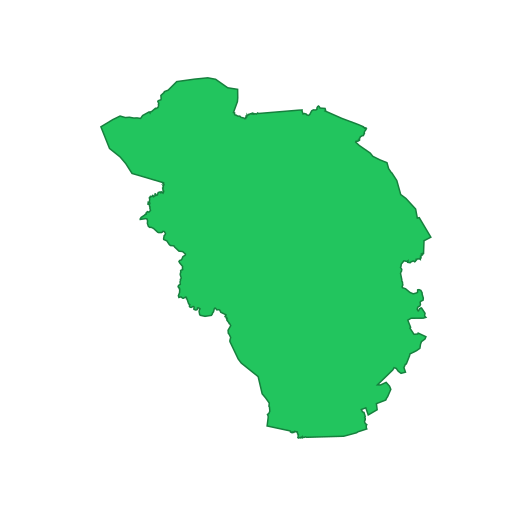 outline of Zosēnu pag., Jaunpiebalgas, Latvia, rotated 197°
{"feature_id": "27541924B99380513765752", "entity_name": "Zosēnu pag.", "entity_type": "district", "adm_level": 2, "iso_a3": "LVA", "parent_name": "Latvia", "parent_adm1": "Jaunpiebalgas", "projection": "albers", "projection_center": [25.837, 57.169], "detail": "fine", "context": "isolated", "style": "filled", "palette": "green", "viewbox_px": 512, "rotation_deg": 197, "n_neighbors": 0, "source": "geoboundaries", "source_scale": "gbopen_adm2", "svg_char_len": 6044}
<svg xmlns="http://www.w3.org/2000/svg" viewBox="0 0 512 512"><g transform="rotate(197 256 256)"><path d="M158.0,383.5L165.9,384.2L173.5,385.5L176.8,387.8L189.6,391.9L194.0,394.0L193.9,395.0L192.6,395.3L191.7,396.0L191.9,396.7L191.0,396.8L190.8,397.3L191.4,397.7L191.5,398.7L191.1,399.3L191.1,400.4L189.7,402.0L188.5,402.6L188.5,403.6L188.1,404.7L188.5,405.0L188.6,407.0L188.1,408.0L187.7,409.9L189.0,409.9L188.6,410.5L191.0,410.5L191.1,411.0L196.5,411.6L214.1,412.7L232.4,414.9L232.0,415.6L233.1,417.3L238.0,416.2L239.3,417.4L240.1,417.7L240.7,416.9L240.9,416.1L241.0,415.3L240.6,414.1L241.7,413.0L243.9,412.5L245.2,411.1L246.0,407.0L246.9,405.8L248.6,405.8L249.3,406.4L251.5,406.4L252.5,405.6L254.4,408.1L254.6,409.1L257.7,408.0L295.3,393.0L296.2,393.3L297.0,391.8L298.0,391.9L299.1,391.2L299.4,391.4L299.7,390.9L300.2,391.0L300.0,391.6L301.4,391.6L301.6,391.3L301.4,391.1L301.4,390.6L302.8,390.5L303.9,389.3L304.2,389.5L305.4,387.5L305.8,388.0L305.7,387.2L306.2,387.0L306.0,386.8L306.2,386.3L305.7,386.2L305.6,385.8L306.3,385.3L306.1,384.4L307.0,384.0L307.6,384.4L311.0,384.2L312.3,385.0L314.4,384.4L316.0,384.9L317.2,384.7L318.0,385.4L318.3,386.6L319.5,386.6L318.9,398.2L319.7,401.9L322.3,410.0L332.3,408.6L346.3,413.2L354.2,412.3L366.2,407.3L382.8,399.6L388.5,388.9L391.7,386.4L391.6,385.7L393.9,381.8L392.7,378.7L392.7,377.4L394.1,376.6L395.0,375.7L395.1,375.1L393.6,373.5L393.7,372.5L393.2,371.6L393.1,369.5L394.9,367.5L395.4,367.8L398.0,363.7L399.3,362.8L399.2,361.8L400.4,362.5L405.5,357.2L406.6,353.8L410.1,353.3L413.2,352.2L417.6,351.7L421.4,350.2L426.9,350.1L432.9,344.5L442.1,334.2L427.5,316.0L414.9,311.0L407.6,306.3L398.7,298.7L365.8,299.0L365.8,298.2L366.1,297.7L365.3,297.9L364.9,297.5L365.0,296.2L365.5,296.0L364.8,294.7L365.2,293.7L364.6,293.2L364.7,292.8L364.3,292.5L364.3,291.8L363.2,291.1L363.4,290.7L363.1,290.2L363.3,288.9L364.9,289.8L365.4,289.5L365.5,288.6L366.5,289.2L368.1,288.1L368.1,285.8L368.5,285.1L369.2,284.9L370.0,285.9L370.6,286.0L370.7,285.5L370.1,284.1L370.9,283.4L371.2,282.7L371.6,282.8L372.0,283.6L372.4,283.8L373.0,282.4L373.9,282.2L374.1,281.6L374.5,281.9L374.7,281.1L375.0,280.7L375.0,280.3L374.3,279.4L373.8,276.6L373.3,275.9L374.8,276.0L374.5,274.0L372.9,274.2L372.6,272.8L371.6,271.8L371.6,270.9L370.2,268.7L371.3,266.6L372.9,266.7L373.3,265.3L373.7,264.9L373.2,264.0L374.2,263.3L374.5,262.5L377.1,259.4L377.6,257.5L377.4,257.1L372.4,259.5L371.1,259.5L370.0,258.0L369.4,255.4L367.6,252.9L366.0,252.3L364.6,252.8L362.0,252.4L357.0,250.0L356.0,249.9L353.2,250.8L352.6,251.4L352.2,252.4L350.8,252.6L349.1,251.0L349.2,249.6L349.8,248.8L349.4,245.5L349.1,244.8L345.7,244.4L342.3,241.6L340.9,241.0L337.6,241.7L336.3,240.7L331.1,238.1L327.5,238.8L324.0,237.2L323.9,236.2L325.7,234.0L326.0,231.2L326.4,230.3L327.6,229.5L328.1,228.3L327.1,227.2L323.2,224.6L322.7,222.5L322.2,222.0L322.2,221.4L323.4,220.7L323.8,219.9L323.1,218.5L323.3,217.5L323.0,216.0L321.0,213.0L321.1,212.2L321.5,211.7L321.4,211.1L321.0,210.5L321.1,209.1L320.1,206.8L321.4,205.3L321.6,204.1L321.1,203.4L320.2,203.1L320.0,202.5L319.7,202.7L319.2,201.9L318.4,198.6L318.6,195.3L317.6,193.8L315.8,195.0L313.8,194.2L313.0,194.4L311.5,196.0L310.8,196.2L310.1,195.5L310.1,194.8L309.3,194.6L306.4,190.5L305.1,190.2L305.1,188.9L304.9,188.3L304.0,187.8L302.9,187.9L301.4,189.3L300.7,189.4L300.0,188.4L300.0,187.1L299.6,186.8L297.9,186.7L296.8,187.3L296.5,188.1L296.7,189.2L296.3,189.6L294.2,189.3L294.1,188.8L294.4,188.6L294.2,186.3L292.8,183.6L292.0,183.0L287.1,183.4L281.3,186.2L280.8,187.8L280.9,188.7L280.3,190.2L280.5,193.2L280.0,194.2L279.5,194.2L277.7,193.0L275.9,193.8L274.9,193.7L273.2,191.9L267.5,191.0L267.4,190.5L267.7,190.3L267.9,189.0L266.2,188.7L266.3,188.0L265.4,187.8L265.6,187.3L265.2,186.5L264.6,186.3L264.8,185.9L261.9,183.9L261.9,183.5L261.0,183.3L259.8,182.0L261.0,176.8L259.9,174.0L258.8,173.3L256.4,170.7L256.3,167.8L255.9,166.5L242.9,152.3L238.8,149.3L218.7,141.3L209.8,126.0L205.2,123.0L200.3,119.2L199.7,116.1L199.0,115.6L197.4,111.6L197.7,109.2L198.7,107.8L197.6,106.6L197.1,104.9L195.7,96.7L172.3,98.7L171.8,98.5L171.6,97.8L169.8,97.5L169.7,97.8L170.0,98.2L169.6,98.5L168.5,98.2L168.3,98.3L168.5,98.7L167.8,99.1L167.9,99.6L167.6,99.8L166.4,99.5L165.5,100.0L165.1,99.9L165.0,99.2L164.3,98.6L164.2,98.0L163.3,97.6L163.3,96.8L162.9,96.0L162.9,94.6L162.2,94.3L161.0,95.1L160.1,95.1L160.1,95.7L159.5,95.8L159.1,96.5L158.9,95.7L158.5,95.6L158.0,96.3L156.5,96.8L156.0,97.5L154.7,97.4L119.4,109.3L108.1,116.4L107.2,117.6L99.5,123.0L100.2,123.8L101.1,126.3L100.7,127.0L102.8,128.0L103.8,129.4L104.0,130.9L103.6,131.2L104.1,132.8L104.9,133.3L104.6,134.4L107.0,138.0L108.6,138.1L110.4,140.0L106.6,142.9L102.2,136.8L95.2,144.4L97.7,150.0L89.8,156.2L89.5,158.5L89.0,159.9L88.1,167.9L90.2,170.5L94.6,173.2L99.2,169.1L102.2,168.3L91.9,187.0L91.3,189.6L89.0,189.5L86.3,187.4L83.0,186.2L79.1,188.6L81.9,192.5L81.5,196.1L80.7,196.7L80.0,205.6L80.2,207.3L74.8,212.4L72.3,215.7L72.9,219.9L72.7,222.5L70.1,226.1L69.9,228.5L78.4,229.7L78.5,228.7L82.0,227.3L87.7,232.0L87.3,233.0L92.1,239.0L89.5,241.8L77.8,245.5L75.6,247.0L77.1,247.8L77.5,249.2L77.5,250.3L77.8,250.8L82.4,254.6L82.9,254.7L84.1,253.5L84.6,251.0L84.9,250.9L86.2,252.0L86.4,253.2L86.2,254.3L85.9,255.1L84.8,256.0L84.5,257.6L85.6,259.8L85.1,260.9L83.3,262.6L83.7,264.7L85.9,268.0L86.4,269.4L88.3,271.3L90.3,271.5L91.5,270.9L90.9,268.6L91.5,267.7L94.6,265.8L98.2,266.2L103.4,268.4L106.7,268.5L107.3,269.4L107.1,271.3L107.4,271.5L108.3,273.9L109.2,274.6L109.7,276.1L112.7,281.6L112.7,283.2L112.4,284.0L112.7,285.9L114.5,287.4L114.3,288.6L114.7,290.7L113.1,294.7L109.9,294.9L109.3,295.8L109.0,294.3L106.6,294.6L106.1,295.6L104.6,296.9L103.7,297.3L102.7,296.8L102.1,297.3L101.8,298.5L101.8,299.5L101.3,299.3L100.9,300.4L99.4,300.8L99.2,301.2L97.9,300.8L98.3,302.0L97.6,302.5L98.6,303.9L98.2,304.1L97.3,305.6L98.5,306.2L98.0,306.8L97.5,306.6L97.3,307.1L96.9,306.8L96.5,307.3L99.8,319.7L94.3,325.1L111.1,340.4L112.8,339.4L117.1,347.6L129.5,354.9L135.6,357.1L143.4,369.3L150.4,375.2L151.0,375.3L154.7,378.3L158.0,383.5Z" fill="#22c55e" stroke="#15803d" stroke-width="1.5"/></g></svg>